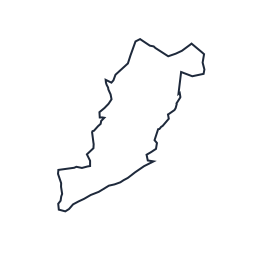 Mkpat Enin, Akwa Ibom, Nigeria, rotated 206°
{"feature_id": "59680162B9896757167153", "entity_name": "Mkpat Enin", "entity_type": "district", "adm_level": 2, "iso_a3": "NGA", "parent_name": "Nigeria", "parent_adm1": "Akwa Ibom", "projection": "albers", "projection_center": [7.765, 4.712], "detail": "fine", "context": "isolated", "style": "outline", "palette": "slate", "viewbox_px": 256, "rotation_deg": 206, "n_neighbors": 0, "source": "geoboundaries", "source_scale": "gbopen_adm2", "svg_char_len": 1317}
<svg xmlns="http://www.w3.org/2000/svg" viewBox="0 0 256 256"><g transform="rotate(206 128 128)"><path d="M156.1,213.2L159.2,209.1L157.6,194.4L156.4,186.0L162.6,170.4L162.0,164.4L162.8,161.5L169.2,161.5L167.7,159.1L166.2,157.5L163.6,155.6L162.6,154.1L160.0,151.9L158.4,150.6L155.4,146.6L156.1,141.2L158.0,135.4L158.3,134.8L160.6,129.7L158.0,125.1L155.8,126.2L153.8,126.8L155.2,122.6L154.4,119.7L155.7,116.6L157.4,110.6L158.5,109.6L158.4,108.4L152.6,99.6L151.8,98.5L150.2,94.7L153.4,86.3L147.8,82.0L147.7,81.9L145.4,77.2L147.5,75.7L151.9,71.9L157.4,70.5L158.9,68.7L172.2,59.8L170.8,56.1L163.9,49.1L162.4,45.8L158.3,39.9L158.0,37.2L156.7,33.1L157.5,29.3L154.4,24.3L147.8,25.6L145.5,29.3L143.9,35.3L140.2,40.4L136.4,45.1L132.1,51.5L126.3,57.8L119.9,67.8L115.4,71.4L111.1,75.8L109.0,79.3L106.3,83.0L102.3,91.1L96.8,100.8L90.4,109.2L96.0,107.5L99.6,112.1L96.9,116.1L93.7,121.5L95.4,127.2L98.8,128.7L100.4,140.1L99.3,140.9L98.7,143.6L97.8,145.0L95.4,154.2L98.0,157.7L97.5,158.4L94.1,164.5L93.9,166.7L94.7,170.9L95.2,171.4L94.4,178.4L94.7,179.1L96.9,182.2L97.6,180.8L104.8,201.6L92.9,202.7L83.8,209.8L85.0,214.1L89.6,219.5L92.0,227.7L94.9,228.5L107.9,231.7L108.6,230.2L113.4,221.0L117.7,215.7L123.3,210.1L138.4,211.9L140.7,212.6L144.4,211.6L155.5,213.1L156.1,213.2Z" fill="none" stroke="#1e293b" stroke-width="2"/></g></svg>